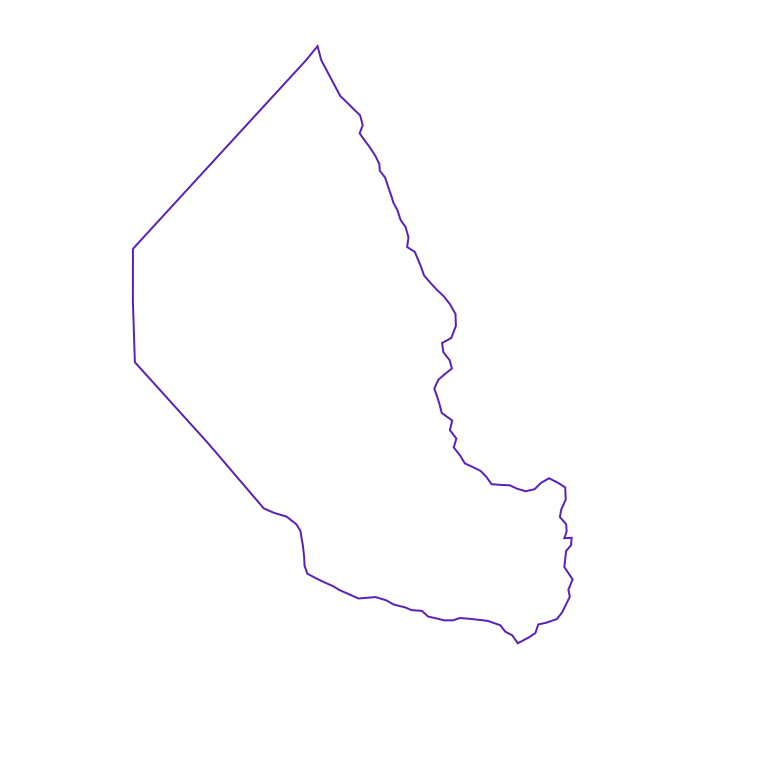 Luzinópolis, Tocantins, Brazil (Robinson projection), rotated 226°
{"feature_id": "56859067B89820520671314", "entity_name": "Luzinópolis", "entity_type": "district", "adm_level": 2, "iso_a3": "BRA", "parent_name": "Brazil", "parent_adm1": "Tocantins", "projection": "robinson", "projection_center": [-47.877, -6.217], "detail": "fine", "context": "isolated", "style": "outline", "palette": "violet", "viewbox_px": 768, "rotation_deg": 226, "n_neighbors": 0, "source": "geoboundaries", "source_scale": "gbopen_adm2", "svg_char_len": 1590}
<svg xmlns="http://www.w3.org/2000/svg" viewBox="0 0 768 768"><g transform="rotate(226 384 384)"><path d="M143.0,412.1L147.8,406.6L151.1,413.0L156.7,417.7L166.1,418.1L170.4,424.0L174.6,434.4L183.7,442.5L192.2,440.5L201.6,437.2L203.8,428.1L203.7,419.2L208.6,411.3L216.4,406.9L223.8,404.1L230.1,398.1L237.3,391.7L245.6,393.1L254.4,393.1L263.6,389.8L270.7,387.0L280.0,389.1L289.9,390.1L294.5,398.2L305.1,399.3L310.3,407.7L323.0,405.4L331.1,410.0L337.7,413.3L345.8,417.0L349.3,426.1L348.9,434.4L348.0,443.6L355.4,447.7L365.9,448.9L373.2,454.3L370.4,464.3L375.8,476.0L384.6,484.0L395.1,486.8L405.7,487.9L415.1,487.5L423.5,487.6L434.2,488.2L443.2,492.3L450.3,495.1L457.6,497.9L466.5,495.8L472.5,503.5L482.0,508.6L490.3,509.8L499.5,514.3L507.9,516.7L513.9,519.8L522.0,523.5L531.8,528.2L540.3,529.1L545.5,533.5L554.3,536.3L564.9,538.3L573.6,539.4L581.2,540.6L585.0,548.5L593.8,553.4L603.0,553.1L614.1,552.9L621.6,552.6L660.5,563.8L673.2,570.9L671.1,553.4L656.3,307.9L655.6,297.3L617.6,260.5L572.7,219.9L463.4,216.3L378.1,211.1L367.6,215.4L356.3,221.8L344.0,223.5L336.3,221.8L330.0,217.4L324.1,213.4L314.8,206.2L308.5,200.6L300.8,197.1L292.1,199.9L282.6,203.4L273.8,207.0L267.0,208.7L247.4,216.7L236.6,229.9L227.0,235.3L218.6,237.8L208.3,244.2L202.3,246.7L194.4,253.7L186.3,254.1L172.0,263.3L166.1,269.4L163.0,276.0L154.2,283.7L141.5,294.1L129.6,300.1L121.7,299.2L114.1,301.7L104.6,300.1L101.1,312.1L99.7,319.9L103.9,328.0L99.7,334.6L94.8,345.2L96.1,353.9L101.9,369.9L108.0,373.8L112.4,383.9L127.1,386.6L137.4,399.0L138.1,406.5L143.0,412.1Z" fill="none" stroke="#5b21b6" stroke-width="2"/></g></svg>